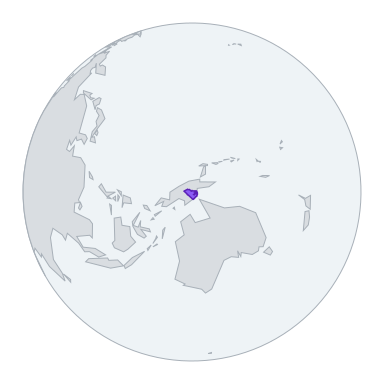 globe centered on Western, rotated 313°
{"feature_id": "PNG-1248", "entity_name": "Western", "entity_type": "Province", "adm_level": 1, "iso_a3": "PNG", "parent_name": "Papua New Guinea", "parent_adm1": "", "projection": "orthographic", "projection_center": [142.614, -7.162], "detail": "fine", "context": "on_globe", "style": "filled", "palette": "violet", "viewbox_px": 384, "rotation_deg": 313, "n_neighbors": 0, "source": "natural_earth", "source_scale": "10m", "svg_char_len": 8255}
<svg xmlns="http://www.w3.org/2000/svg" viewBox="0 0 384 384"><g transform="rotate(313 192 192)"><circle cx="192" cy="192" r="169" fill="#eef3f6" stroke="#a8b0b8"/><path d="M290.6,222.3L290.5,223.6L290.3,223.7L290.6,222.3ZM275.7,45.2L269.4,42.1L270.9,43.6L266.6,41.0L273.0,47.0L270.1,48.2L270.2,44.8L267.8,43.0L264.3,42.6L261.1,40.8L257.6,39.7L254.1,37.8L254.4,36.5L252.1,35.4L249.8,35.2L244.8,33.6L248.5,33.9L240.2,31.2L239.1,29.9L244.2,31.3L260.3,37.4L275.7,45.2ZM332.7,128.2L331.3,124.5L333.4,126.9L332.7,128.2ZM329.6,122.3L330.3,123.5L329.6,122.5L329.6,122.3ZM328.6,121.5L329.4,122.1L328.6,121.8L328.6,121.5ZM327.3,121.0L327.9,121.2L327.9,121.3L327.3,121.0ZM324.8,119.1L324.2,118.6L324.7,118.3L324.8,119.1ZM272.8,45.5L274.2,45.7L273.9,46.2L272.8,45.5ZM257.7,39.9L258.3,40.5L256.2,39.8L257.7,39.9ZM248.9,36.2L245.4,35.1L249.0,36.0L248.9,36.2ZM243.4,34.3L234.8,32.1L235.4,33.0L228.8,29.5L238.3,32.3L242.7,33.1L241.5,33.3L243.4,34.3ZM226.6,28.2L224.5,27.7L226.7,28.0L226.6,28.2ZM137.7,32.0L134.0,33.3L127.7,35.8L127.8,35.8L132.9,33.8L139.7,31.3L144.1,30.0L142.0,30.6L143.7,30.1L145.3,29.6L145.7,29.6L150.0,28.4L169.7,24.7L172.3,24.9L166.8,25.9L179.1,25.5L181.1,26.9L182.5,26.3L189.4,26.4L188.9,25.8L190.1,25.6L207.6,27.0L210.7,28.0L219.8,29.0L220.6,28.8L218.9,28.0L228.8,29.5L235.4,33.0L233.3,33.1L238.8,35.7L233.4,35.9L231.4,37.6L222.3,37.1L221.5,39.0L223.8,39.9L224.5,43.5L218.0,48.8L213.3,40.5L221.0,34.2L217.0,36.1L214.9,34.8L211.7,35.0L209.1,36.8L210.7,37.5L191.4,37.4L179.3,43.1L187.3,43.7L189.8,46.6L183.1,56.3L158.2,69.2L161.2,75.2L159.7,78.9L153.3,80.6L155.3,75.1L151.1,72.8L153.3,69.7L143.7,71.5L146.3,67.3L137.6,71.2L138.1,74.8L145.6,74.4L136.8,80.2L141.2,87.2L138.8,95.4L121.9,109.7L109.0,114.2L107.6,117.0L104.0,113.8L96.9,119.5L101.8,135.9L100.9,140.9L90.4,150.4L90.6,146.7L80.9,138.0L77.4,150.0L84.7,159.7L87.1,171.7L80.8,168.1L78.5,157.7L75.1,154.3L77.3,143.9L76.8,129.0L70.5,132.3L72.2,126.3L70.6,115.0L62.2,119.5L48.1,136.7L44.2,152.4L40.3,160.0L40.3,138.6L44.1,124.2L41.7,126.2L43.8,115.5L40.3,117.6L42.0,114.3L41.9,114.5L48.2,103.2L55.5,92.5L63.5,82.3L72.3,72.8L81.8,63.9L91.9,55.9L102.6,48.6L113.9,42.2L125.6,36.6L137.7,32.0ZM40.7,116.8L41.0,116.2L38.4,121.8L36.9,125.9L30.8,141.4L30.6,142.0L35.1,129.2L40.7,116.8ZM84.8,313.9L87.9,315.7L87.2,316.2L84.8,313.9ZM125.2,200.8L130.1,201.8L130.0,202.6L125.2,200.8ZM120.0,197.9L125.4,198.3L119.2,199.6L120.0,197.9ZM127.6,198.5L133.2,197.2L135.6,196.0L135.3,197.6L127.6,198.5ZM116.3,197.8L97.6,197.4L90.5,195.4L91.9,192.4L103.4,193.1L116.3,197.8ZM91.3,192.3L80.8,184.4L68.4,161.8L72.8,161.9L86.2,175.3L85.3,177.8L91.6,184.0L91.3,192.3ZM117.8,177.4L116.9,184.9L106.3,184.1L101.6,182.8L98.3,173.3L100.2,168.5L103.9,168.6L119.8,152.9L125.1,157.0L119.9,163.5L124.3,170.1L117.8,177.4ZM44.4,153.8L45.2,162.9L43.3,164.8L44.4,153.8ZM127.3,142.2L120.2,148.8L127.0,140.0L127.3,142.2ZM131.9,134.0L131.9,137.4L129.7,134.0L131.9,134.0ZM106.5,121.4L102.5,122.2L102.9,119.9L108.3,117.6L106.5,121.4ZM137.0,102.6L135.1,109.0L133.6,111.2L132.7,107.2L137.0,102.6ZM167.8,24.9L171.7,24.3L172.0,24.3L171.1,24.5L167.8,24.9ZM172.2,24.2L171.8,24.3L168.8,24.7L169.2,24.6L172.2,24.2ZM254.8,288.0L258.1,290.3L253.8,295.1L247.2,299.5L239.7,299.7L254.8,288.0ZM199.3,292.3L196.8,285.4L204.6,285.9L203.4,291.5L199.3,292.3ZM259.5,284.8L263.3,279.6L262.5,271.9L264.7,279.3L270.4,281.0L260.0,290.2L259.5,284.8ZM163.8,262.0L134.5,272.6L127.3,270.8L127.5,265.4L117.8,249.3L120.0,249.7L116.6,239.0L133.0,230.0L144.3,213.7L155.3,215.5L162.5,204.0L174.4,205.9L171.8,215.2L185.3,223.0L191.7,202.3L202.5,226.6L214.0,236.6L220.3,252.7L209.2,277.3L200.5,281.3L197.6,278.4L194.3,280.7L187.4,278.7L181.3,269.3L178.1,271.7L180.1,265.4L176.0,270.7L171.4,264.8L163.8,262.0ZM249.9,231.2L252.3,232.4L256.9,237.5L253.0,235.9L249.9,231.2ZM284.6,225.6L286.2,228.0L283.5,227.8L284.6,225.6ZM290.3,223.7L287.1,223.7L290.6,222.3L290.3,223.7ZM259.7,219.5L261.1,221.2L260.2,221.6L259.7,219.5ZM258.6,218.8L259.7,216.7L259.8,219.1L258.6,218.8ZM246.3,203.9L247.5,203.0L248.2,204.0L246.3,203.9ZM137.4,202.2L144.1,196.6L148.0,196.4L137.4,202.2ZM244.1,201.0L240.8,200.2L241.0,199.1L244.1,201.0ZM244.1,198.2L243.6,196.4L246.0,200.9L244.1,198.2ZM237.5,193.3L241.7,197.0L237.0,193.5L237.5,193.3ZM235.2,193.3L232.2,191.4L232.4,191.0L235.2,193.3ZM204.7,190.8L215.3,202.3L207.4,200.8L198.2,193.4L192.0,198.4L177.4,195.8L180.5,192.5L178.3,186.9L163.8,183.3L160.9,179.6L165.8,177.7L156.6,174.2L166.7,173.5L171.0,181.0L176.8,176.0L187.2,178.6L197.8,182.3L206.7,188.9L204.7,190.8ZM167.2,189.2L168.9,189.4L167.5,191.4L167.2,189.2ZM226.7,186.5L230.9,190.7L230.5,191.6L228.5,190.7L226.7,186.5ZM208.7,187.9L218.1,183.4L220.5,183.9L214.3,189.7L208.7,187.9ZM215.6,179.2L220.2,180.7L222.8,184.5L221.9,185.3L215.6,179.2ZM146.6,180.9L146.3,182.9L143.7,181.1L146.6,180.9ZM149.8,179.9L157.6,182.7L149.2,181.6L149.8,179.9ZM127.5,171.8L129.6,176.6L136.2,173.9L131.2,177.9L135.9,185.9L134.5,188.8L129.8,180.1L128.5,188.7L125.6,188.4L123.8,181.0L126.6,172.1L129.5,168.6L141.6,167.7L127.5,171.8ZM149.7,174.2L147.7,168.7L149.2,165.3L151.3,168.2L149.7,174.2ZM142.2,155.7L137.5,149.4L132.8,151.5L142.8,143.7L145.6,150.9L142.2,155.7ZM138.9,142.4L134.4,144.2L139.3,139.8L138.9,142.4ZM133.5,142.2L133.5,138.2L136.8,138.9L133.5,142.2ZM141.1,142.8L142.7,136.0L144.0,140.1L141.1,142.8ZM133.3,129.3L139.6,136.1L130.6,132.9L132.2,120.3L136.2,120.1L133.3,129.3ZM168.3,83.9L168.4,80.9L172.6,80.6L171.3,82.8L168.3,83.9ZM186.3,78.3L173.8,79.6L163.7,81.4L165.9,83.0L162.1,87.9L159.7,82.8L168.1,77.9L175.4,77.6L178.2,73.7L184.6,71.8L185.9,67.0L189.2,65.4L190.3,69.8L186.3,78.3ZM186.1,65.0L190.7,57.6L197.7,59.7L198.3,61.8L193.2,64.2L189.8,62.9L186.1,65.0ZM193.8,56.5L190.6,55.4L190.4,45.0L192.1,43.5L195.9,51.7L193.1,51.2L191.9,53.6L193.8,56.5ZM224.3,27.9L224.5,27.7L225.7,28.2L224.3,27.9ZM189.7,25.3L191.5,25.1L192.8,25.4L189.7,25.3ZM197.4,24.8L194.6,24.6L198.1,24.6L197.4,24.8ZM188.4,24.3L193.8,24.4L187.8,24.5L188.4,24.3Z" fill="#d9dde1" stroke="#a8b0b8" stroke-width="1"/><path d="M187.1,189.9L187.2,189.7L187.2,189.3L187.2,188.6L187.2,188.0L187.2,187.5L187.2,186.7L187.2,186.2L187.2,185.6L187.3,185.6L190.8,186.8L190.7,187.0L190.8,187.2L191.8,188.2L192.0,188.3L192.1,188.6L192.1,190.7L192.1,190.8L192.2,191.0L192.4,191.0L192.6,191.0L193.1,191.0L193.1,191.6L195.9,194.5L195.8,194.4L195.7,194.3L195.8,194.5L195.7,194.6L195.4,194.6L195.2,194.5L195.1,194.4L194.8,194.5L194.6,194.5L194.6,194.4L194.4,194.2L194.2,194.2L194.3,194.3L194.5,194.5L194.8,194.6L195.0,195.0L194.9,195.2L194.1,195.2L194.0,195.3L193.8,195.3L193.1,195.5L192.9,195.5L192.7,195.3L192.3,195.3L192.3,195.2L192.2,195.3L191.9,195.3L191.7,195.5L191.5,195.4L191.4,195.4L191.3,195.0L191.1,194.9L191.0,195.0L190.9,195.0L190.7,195.1L190.8,195.1L191.0,195.1L191.3,195.1L191.4,195.4L191.4,195.5L191.5,195.6L191.8,195.5L191.9,195.4L192.1,195.4L192.3,195.4L192.5,195.4L192.6,195.5L192.8,195.7L193.3,195.8L193.5,195.9L193.9,196.2L194.1,196.4L194.1,196.6L194.3,196.7L194.3,196.8L194.3,197.2L194.3,197.3L194.2,197.4L194.1,197.5L193.9,197.5L193.7,197.5L193.3,197.7L193.2,197.7L193.2,197.8L192.9,197.9L192.9,198.0L192.7,198.1L192.3,198.2L192.3,198.3L192.1,198.4L191.9,198.4L191.7,198.2L191.4,198.1L191.2,198.0L191.0,197.9L190.9,197.9L190.7,197.9L190.2,198.0L189.9,198.1L189.6,198.0L189.3,198.1L189.2,198.1L188.9,198.1L188.7,198.0L188.6,197.9L188.4,197.8L188.2,197.9L188.0,198.1L187.9,198.1L187.7,198.1L187.3,197.8L187.2,197.7L187.2,197.4L187.2,196.8L187.2,196.3L187.2,195.8L187.2,195.0L187.2,194.5L187.2,194.4L187.2,193.8L187.2,193.3L187.2,192.5L187.2,192.4L187.2,192.0L187.2,191.5L187.2,191.2L186.9,190.9L186.9,190.7L186.9,190.4L187.0,190.4L187.0,190.2L187.1,189.9L187.1,189.9ZM194.9,196.4L195.0,196.4L195.0,196.5L194.9,196.6L194.5,196.3L194.4,196.3L194.4,196.2L194.1,196.0L193.9,196.0L193.9,195.9L193.7,195.8L193.7,195.7L193.8,195.7L193.9,195.8L194.2,195.9L194.4,196.0L194.5,196.0L194.8,196.3L194.9,196.4ZM194.2,195.7L194.3,195.5L194.5,195.5L194.8,195.6L194.9,195.8L194.7,195.9L194.4,195.8L194.2,195.7ZM195.1,195.6L194.9,195.7L194.7,195.5L194.9,195.5L195.0,195.5L195.1,195.6ZM195.1,194.6L195.1,194.8L195.0,194.7L194.9,194.7L195.0,194.6L195.1,194.6ZM195.1,194.8L195.1,195.0L194.9,194.9L195.0,194.8L195.1,194.8ZM195.5,195.9L195.5,196.0L195.4,196.1L195.5,196.0L195.5,195.9L195.5,195.9Z" fill="#8b5cf6" stroke="#5b21b6" stroke-width="1.5"/></g></svg>